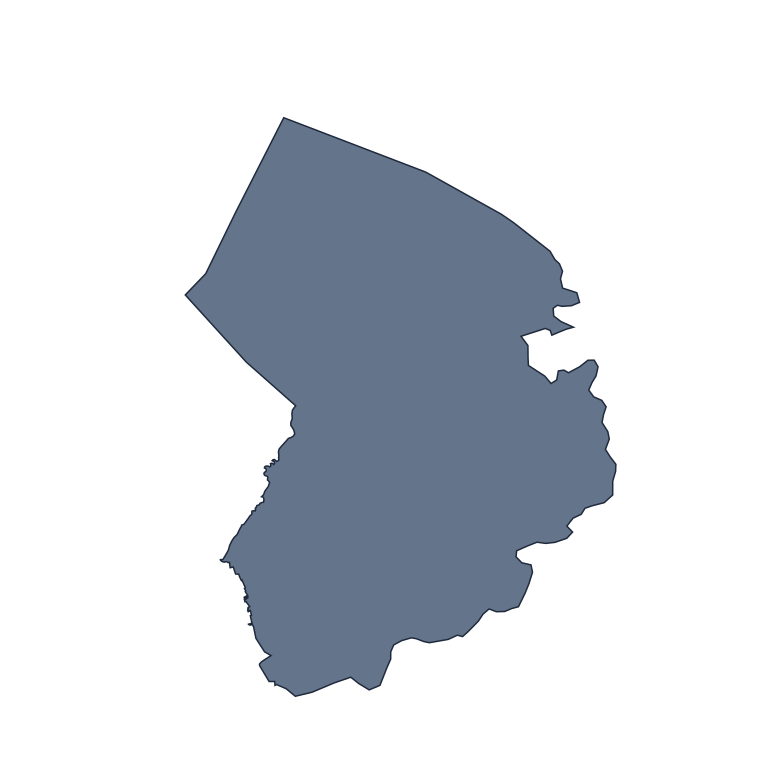 Pasir Puteh, Kelantan, Malaysia, rotated 251°
{"feature_id": "92858781B22030714456206", "entity_name": "Pasir Puteh", "entity_type": "district", "adm_level": 2, "iso_a3": "MYS", "parent_name": "Malaysia", "parent_adm1": "Kelantan", "projection": "mercator", "projection_center": [102.35, 5.842], "detail": "fine", "context": "isolated", "style": "filled", "palette": "slate", "viewbox_px": 768, "rotation_deg": 251, "n_neighbors": 0, "source": "geoboundaries", "source_scale": "gbopen_adm2", "svg_char_len": 3458}
<svg xmlns="http://www.w3.org/2000/svg" viewBox="0 0 768 768"><g transform="rotate(251 384 384)"><path d="M100.4,282.1L114.6,294.2L121.6,300.7L128.6,303.2L134.1,308.2L135.6,317.2L135.1,327.2L132.6,331.7L127.6,337.7L124.6,342.7L121.6,361.6L122.6,371.6L119.6,376.1L122.6,383.1L129.1,396.1L134.1,402.6L137.1,410.1L132.1,416.1L129.6,424.1L130.1,431.6L129.6,438.6L140.6,449.6L148.1,456.1L157.6,463.1L165.1,464.1L170.1,456.1L177.6,452.6L183.1,455.1L184.1,466.1L184.6,477.1L180.6,485.1L178.6,494.1L178.6,506.6L182.6,514.1L190.1,510.6L195.6,519.1L196.6,528.1L201.1,533.6L201.1,541.1L200.1,553.6L204.6,564.1L217.6,568.6L226.1,574.6L232.6,577.1L241.6,574.1L250.1,572.1L258.6,579.1L266.1,580.1L276.6,577.6L283.6,581.6L290.1,586.6L297.6,584.6L303.6,578.1L311.6,575.6L317.6,581.1L322.6,587.1L330.6,592.0L338.1,590.5L340.1,584.6L336.6,574.6L334.6,562.1L338.6,558.6L339.6,553.1L331.6,548.6L330.1,542.1L339.1,538.6L354.5,526.6L361.5,528.6L373.5,532.6L384.5,529.1L384.0,554.6L380.5,558.6L375.5,558.6L376.0,565.1L376.5,574.1L376.0,581.6L385.5,571.6L393.0,566.6L400.5,568.6L402.0,573.6L399.5,577.6L397.0,586.6L397.5,595.5L407.5,596.0L412.5,589.5L416.5,584.1L426.0,585.1L432.5,589.5L440.5,589.0L446.0,586.1L453.0,584.7L455.3,584.3L494.0,559.3L506.1,550.4L570.7,492.5L668.4,375.9L595.2,300.2L546.4,251.4L532.9,225.1L449.6,260.9L392.2,293.4L390.3,290.5L389.0,288.9L386.1,287.3L383.5,286.6L381.2,286.0L378.0,283.4L375.1,282.4L373.1,283.0L369.9,283.7L366.0,283.4L364.3,281.4L363.7,278.8L363.7,275.9L361.8,272.7L358.2,266.2L356.6,263.6L354.0,262.0L350.7,261.3L348.5,260.3L346.5,259.9L345.9,258.8L345.6,257.5L346.9,256.7L348.3,255.8L348.5,254.2L347.9,253.3L346.9,254.3L346.3,255.0L344.4,254.6L343.8,253.5L345.1,252.9L345.7,251.9L345.7,250.7L344.7,250.7L343.4,250.2L342.8,249.0L343.9,248.0L344.5,246.8L344.8,245.8L344.5,244.2L343.6,243.6L342.2,244.8L340.4,244.6L339.6,243.4L339.5,242.5L338.7,241.4L337.1,241.2L336.3,241.6L335.5,242.6L334.9,243.4L334.2,243.6L333.1,243.7L332.2,243.0L331.1,242.6L330.2,243.2L329.4,243.4L327.8,243.7L326.9,242.8L324.9,241.4L322.1,237.3L321.0,236.0L319.3,234.8L318.2,233.5L317.3,231.5L316.5,232.7L315.7,233.1L314.1,232.9L312.7,232.3L311.5,231.6L311.7,229.5L311.6,228.0L310.4,226.7L310.4,225.5L310.5,224.3L309.7,223.5L308.7,222.8L308.5,221.9L307.2,221.5L306.8,221.6L305.9,220.8L306.7,219.4L306.8,217.8L306.0,217.3L304.7,217.0L303.8,216.5L303.4,215.3L302.7,213.8L302.0,213.1L297.0,206.0L296.9,203.4L295.4,202.4L294.7,201.3L293.4,200.0L289.4,196.0L287.7,192.3L286.2,190.3L284.5,188.3L283.2,187.1L282.0,185.8L280.5,184.7L278.6,183.5L277.5,182.6L276.4,181.5L270.5,174.6L271.2,172.1L270.7,172.0L269.1,172.9L268.2,173.9L267.5,175.1L267.5,176.3L267.2,177.5L265.9,178.5L265.6,179.8L260.4,178.7L260.0,181.9L252.7,181.8L251.4,184.7L249.7,184.7L248.4,184.7L244.6,185.2L244.8,185.9L236.5,186.6L236.0,185.4L233.5,186.0L232.8,185.2L228.6,186.3L227.9,182.4L226.8,182.2L227.0,185.9L226.2,185.7L226.2,184.1L225.7,184.1L225.6,181.8L223.3,181.7L223.4,182.6L217.2,184.5L216.9,182.7L216.0,182.7L215.7,181.9L214.2,182.1L214.2,181.4L212.9,181.5L213.0,182.3L213.7,182.3L213.5,183.9L208.5,183.4L208.5,182.2L200.8,181.3L201.0,177.6L200.7,177.6L200.3,178.9L199.6,178.9L199.4,181.3L196.7,181.6L185.2,180.1L169.6,183.9L164.0,188.8L162.6,183.0L161.1,177.4L159.7,175.1L158.2,174.7L140.1,178.5L138.3,183.8L134.5,182.8L134.8,184.5L127.7,192.3L117.6,198.5L116.0,215.7L117.6,239.9L117.6,257.1L109.0,262.6L99.6,270.4L100.4,282.1Z" fill="#64748b" stroke="#1e293b" stroke-width="1.5"/></g></svg>